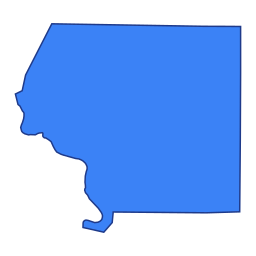 Jackson, Illinois, United States of America
{"feature_id": "52423323B46425016798066", "entity_name": "Jackson", "entity_type": "district", "adm_level": 2, "iso_a3": "USA", "parent_name": "United States of America", "parent_adm1": "Illinois", "projection": "natural_earth1", "projection_center": [-89.531, 37.759], "detail": "fine", "context": "isolated", "style": "filled", "palette": "blue", "viewbox_px": 256, "rotation_deg": 0, "n_neighbors": 0, "source": "geoboundaries", "source_scale": "gbopen_adm2", "svg_char_len": 1053}
<svg xmlns="http://www.w3.org/2000/svg" viewBox="0 0 256 256"><path d="M240.6,73.2L240.6,26.5L229.3,26.4L203.7,26.3L51.8,23.8L25.6,75.0L22.2,90.7L15.4,94.0L18.0,104.5L20.0,106.1L22.4,110.9L23.6,112.3L24.0,113.3L24.0,116.1L23.6,118.9L22.4,122.7L21.4,125.0L20.7,127.5L21.5,130.7L21.8,131.4L22.7,132.5L24.8,133.8L28.6,134.9L30.3,134.6L35.4,134.8L37.7,133.5L39.4,133.0L42.3,132.7L42.7,133.0L42.9,133.5L42.8,135.6L43.0,136.6L44.3,137.8L45.9,138.0L48.6,139.7L51.1,141.6L53.3,146.5L55.1,149.8L56.7,152.0L60.9,154.2L63.8,155.2L75.7,158.5L78.8,158.9L81.2,159.9L82.9,160.9L85.1,162.9L86.1,164.4L87.1,166.7L87.1,169.1L86.3,171.5L85.3,176.0L85.0,182.3L85.4,185.1L85.5,187.9L84.9,188.8L84.7,190.2L85.5,192.7L87.7,195.2L89.4,198.8L98.3,208.2L101.4,212.6L102.2,214.4L102.5,215.7L102.4,217.2L101.8,219.5L100.2,221.1L98.1,222.2L94.7,222.6L88.1,220.4L86.3,220.1L85.2,220.2L83.8,221.2L83.3,222.0L83.1,223.2L83.0,226.8L83.0,227.5L103.8,232.2L112.2,222.6L113.2,212.0L206.1,212.8L239.7,211.8L240.3,139.2L240.6,73.2Z" fill="#3b82f6" stroke="#1e3a8a" stroke-width="1.5"/></svg>